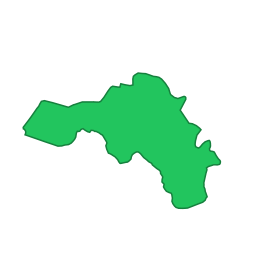 Sheikh Badr, Tartus, Syria (orthographic projection), rotated 200°
{"feature_id": "27442178B44438051869980", "entity_name": "Sheikh Badr", "entity_type": "district", "adm_level": 2, "iso_a3": "SYR", "parent_name": "Syria", "parent_adm1": "Tartus", "projection": "orthographic", "projection_center": [36.082, 35.023], "detail": "fine", "context": "isolated", "style": "filled", "palette": "green", "viewbox_px": 256, "rotation_deg": 200, "n_neighbors": 0, "source": "geoboundaries", "source_scale": "gbopen_adm2", "svg_char_len": 2517}
<svg xmlns="http://www.w3.org/2000/svg" viewBox="0 0 256 256"><g transform="rotate(200 128 128)"><path d="M222.4,86.4L210.1,86.6L201.3,86.7L193.6,86.9L187.7,87.0L184.1,88.5L181.7,90.3L178.2,92.1L176.2,94.4L175.2,96.6L174.3,99.2L174.0,101.6L174.6,104.6L174.8,105.9L174.5,107.6L173.4,107.8L172.5,108.3L171.9,109.2L171.8,110.4L170.0,112.0L167.9,111.3L164.6,110.7L162.5,110.9L161.9,113.2L159.7,113.8L158.0,113.4L157.0,113.9L153.7,113.6L150.7,112.7L149.7,112.7L148.0,111.4L143.4,107.6L142.7,106.7L142.7,103.7L140.8,100.9L137.8,97.7L136.0,97.7L135.9,97.7L133.7,97.3L133.5,97.2L130.3,96.5L126.8,94.7L125.1,93.1L123.5,92.1L122.8,92.2L118.5,94.9L116.7,95.9L115.6,97.6L114.6,99.8L115.0,102.1L114.8,104.4L113.4,106.7L112.1,108.1L111.7,108.5L110.0,109.0L107.5,108.2L103.1,105.6L99.6,104.5L97.0,103.4L93.7,102.9L92.5,101.7L91.4,101.3L87.2,99.8L84.2,99.1L82.6,98.2L81.9,96.5L81.1,95.8L79.5,94.7L78.6,93.8L78.3,91.2L77.6,88.9L74.8,87.5L74.5,84.8L72.8,83.3L70.3,81.7L67.5,81.4L65.2,81.5L64.1,80.5L62.3,77.3L61.6,74.1L59.9,72.2L57.9,70.8L57.6,70.6L55.7,69.8L53.0,69.9L49.1,71.2L47.0,72.1L44.6,73.2L41.6,75.8L36.6,80.2L32.4,83.8L30.8,86.5L30.7,89.0L30.1,90.4L32.4,93.3L33.7,94.8L34.9,97.0L36.6,98.8L37.3,100.9L38.0,102.4L39.3,112.3L39.5,115.7L40.6,117.4L39.2,119.4L37.1,121.0L36.7,121.3L35.0,122.7L31.3,124.0L29.5,125.2L29.3,126.7L29.7,128.1L30.4,128.9L32.7,130.0L35.7,132.2L38.7,134.9L40.2,135.0L41.3,134.8L42.5,134.5L43.6,134.9L44.4,136.5L44.2,137.6L44.3,139.2L45.4,141.9L46.4,143.5L47.3,144.1L48.3,143.6L50.8,141.4L52.5,138.3L53.6,135.0L54.8,133.3L56.2,133.3L58.1,133.6L59.4,135.6L60.2,139.0L60.8,144.8L58.8,151.3L60.7,152.3L64.6,153.6L69.0,154.0L72.3,153.3L85.1,162.6L83.5,174.7L84.1,176.3L84.7,176.8L86.1,176.9L87.6,175.7L90.5,173.3L91.3,172.7L92.9,172.7L94.7,172.5L97.0,173.2L99.4,174.0L100.7,175.5L101.8,177.0L103.3,179.0L108.2,182.7L113.1,185.4L116.2,186.2L118.9,185.9L121.8,185.2L125.4,185.2L130.0,185.1L133.3,184.1L133.7,184.0L137.3,183.1L139.6,180.3L140.6,178.4L140.2,175.7L139.2,173.2L138.1,170.1L140.6,168.5L145.6,167.6L149.9,167.1L149.9,166.8L149.6,163.6L151.9,162.9L152.1,162.9L156.7,162.0L158.1,160.3L158.7,158.3L159.4,156.0L161.1,148.5L162.4,144.8L162.8,143.6L164.3,142.3L166.1,141.7L168.6,140.9L168.9,140.9L170.4,140.3L179.9,136.8L186.3,131.7L187.0,131.3L191.1,127.1L201.5,126.4L207.4,126.0L215.9,125.1L218.5,123.4L219.1,120.2L219.3,117.9L220.2,115.4L222.8,105.6L223.4,103.5L224.2,100.8L226.7,92.8L226.0,91.4L225.0,91.4L223.1,90.0L222.4,88.3L222.4,86.4Z" fill="#22c55e" stroke="#15803d" stroke-width="1.5"/></g></svg>